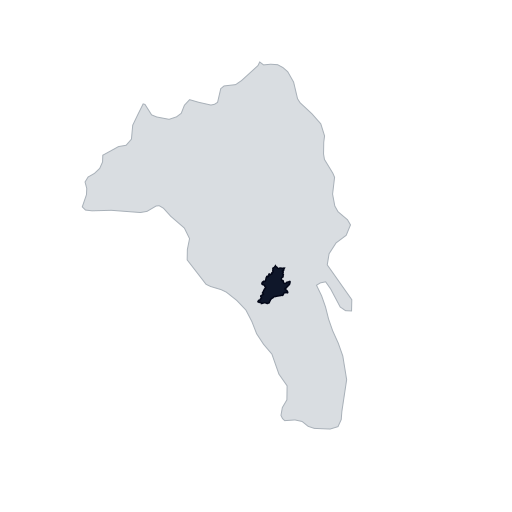 Monte Plata, Monte Plata, Dominican Republic (highlighted), rotated 59°
{"feature_id": "3306468B2740041336238", "entity_name": "Monte Plata", "entity_type": "district", "adm_level": 2, "iso_a3": "DOM", "parent_name": "Dominican Republic", "parent_adm1": "Monte Plata", "projection": "orthographic", "projection_center": [-69.842, 18.762], "detail": "fine", "context": "in_parent", "style": "filled", "palette": "ink", "viewbox_px": 512, "rotation_deg": 59, "n_neighbors": 0, "source": "geoboundaries", "source_scale": "gbopen_adm2", "svg_char_len": 6374}
<svg xmlns="http://www.w3.org/2000/svg" viewBox="0 0 512 512"><g transform="rotate(59 256 256)"><path d="M90.7,335.4L91.4,317.5L94.2,310.3L91.7,302.6L80.4,294.3L73.5,283.8L67.5,274.4L68.9,273.1L81.3,272.8L85.7,269.5L94.1,260.1L95.8,252.4L95.2,246.6L89.9,239.7L87.8,232.4L94.6,226.1L103.4,216.9L104.6,213.4L104.5,209.8L94.4,200.0L93.8,195.8L98.6,185.2L98.2,178.2L93.8,156.2L91.6,152.9L96.1,151.1L99.2,144.6L103.2,138.9L108.5,135.8L114.4,133.9L126.3,134.2L142.6,139.4L147.3,139.3L163.0,134.8L176.1,132.4L188.4,135.4L193.3,139.3L203.4,145.6L208.5,147.6L224.6,147.5L229.0,148.1L242.4,158.5L253.7,162.7L260.3,162.9L272.1,158.9L278.0,159.0L284.7,168.0L286.0,180.6L291.7,192.2L300.3,199.5L342.8,196.4L352.3,202.4L349.0,207.4L343.1,210.1L322.8,209.0L314.0,209.6L312.2,214.6L312.2,219.2L324.0,220.3L335.6,222.7L347.5,226.3L359.5,228.8L373.1,230.4L386.4,233.1L408.7,242.0L433.5,262.5L440.1,267.2L444.5,273.6L442.5,281.6L433.8,294.8L428.9,299.0L421.6,301.7L416.6,307.0L411.9,316.2L409.0,317.0L405.5,316.7L399.5,311.5L395.2,303.6L383.3,296.2L369.1,297.2L348.3,292.9L335.6,295.0L323.0,295.5L310.1,293.3L297.1,292.5L284.1,295.4L271.6,300.1L266.9,303.2L258.8,310.6L254.5,313.4L223.9,317.0L215.1,311.5L206.9,304.0L195.2,303.0L178.1,308.6L167.4,310.7L163.0,313.1L161.7,315.9L161.6,326.4L159.2,332.7L142.3,356.5L132.8,373.3L128.8,378.5L124.4,379.6L116.2,369.8L111.0,366.3L104.5,364.4L101.8,359.2L102.0,351.9L100.4,344.8L96.4,339.1L90.7,335.4Z" fill="#d9dde1" stroke="#a8b0b8" stroke-width="1"/><path d="M303.4,247.4L302.9,247.4L302.2,247.3L301.8,247.4L301.5,247.4L301.1,247.6L300.6,247.7L299.7,248.1L299.4,248.2L298.8,247.9L298.7,247.8L298.7,247.5L298.8,247.3L298.9,247.1L299.0,246.9L299.0,246.7L298.9,246.4L298.5,245.5L298.4,245.4L298.4,245.2L298.4,244.6L298.4,244.4L298.2,244.2L297.9,243.9L297.8,243.7L297.8,243.4L297.8,242.4L297.7,242.1L297.6,241.9L297.3,241.7L297.2,241.7L296.8,241.0L296.1,240.5L296.0,240.4L295.9,240.2L295.7,240.1L295.4,240.0L295.2,240.1L295.1,240.3L295.0,240.6L295.0,241.3L295.0,241.7L294.9,241.8L294.5,242.7L294.5,242.8L294.4,243.0L294.5,243.2L294.5,243.4L294.7,243.7L294.7,243.9L294.7,244.2L294.7,244.5L294.7,244.8L294.4,245.4L294.3,245.6L294.1,245.7L293.9,245.9L293.8,246.0L293.6,246.1L293.3,246.1L292.7,246.1L292.4,246.0L292.2,246.0L291.8,245.6L291.6,245.5L291.4,245.5L291.2,245.5L290.8,245.7L290.5,246.0L290.4,246.4L290.3,246.5L290.2,246.5L289.7,246.4L289.2,246.3L288.6,246.0L288.5,245.9L288.2,245.6L287.9,245.3L287.7,245.1L287.7,244.9L287.7,244.6L287.7,244.4L287.9,244.0L287.9,243.8L287.8,243.7L287.7,243.5L287.5,243.4L287.4,243.3L287.0,243.2L286.8,242.9L286.4,242.6L286.2,242.2L285.9,242.1L285.6,242.1L285.4,242.2L285.1,242.5L284.9,242.5L284.8,242.4L284.7,242.4L284.3,241.4L284.2,241.3L284.0,241.1L283.6,241.0L283.5,240.9L283.4,240.9L283.3,241.0L283.0,241.2L282.9,241.3L282.7,241.3L282.6,241.2L282.3,240.9L282.3,240.7L282.6,240.4L282.7,240.2L282.5,239.7L282.4,239.5L282.2,239.3L281.9,239.2L281.7,239.1L281.6,238.9L281.4,238.7L281.0,237.9L280.7,238.3L280.5,238.9L280.4,239.1L280.3,239.6L280.2,239.8L279.9,240.0L279.6,240.3L279.5,240.5L279.4,240.7L279.3,240.9L278.7,241.5L278.6,241.8L278.5,242.6L278.5,242.9L278.3,243.1L278.1,243.4L277.8,243.6L277.6,243.8L277.4,243.8L276.7,243.8L276.3,243.9L275.5,244.3L275.4,244.4L275.0,244.4L274.4,244.4L274.7,244.9L274.8,245.1L274.9,245.6L275.1,245.9L275.1,246.0L275.2,246.5L275.1,247.4L275.2,247.6L275.2,247.8L275.3,247.9L275.4,248.0L275.6,248.1L276.0,248.2L276.3,248.4L276.5,248.6L276.9,248.8L277.1,249.1L277.3,249.2L277.4,249.3L277.5,249.3L277.9,249.2L278.1,249.2L278.2,249.3L278.4,249.5L278.5,249.7L278.5,250.0L278.5,250.9L278.6,251.1L278.8,251.4L279.0,251.5L279.5,251.5L279.7,251.8L279.5,252.2L279.3,252.7L279.3,252.8L279.4,253.1L279.4,253.4L279.4,253.5L279.1,253.6L278.6,253.6L278.4,253.7L278.3,253.8L278.2,253.9L278.2,254.1L278.2,254.3L278.3,254.5L278.5,254.5L279.1,254.4L279.3,254.3L279.4,254.5L279.4,255.3L279.5,255.6L279.8,255.8L280.0,256.0L280.0,256.3L279.9,256.4L279.4,256.4L279.2,256.5L279.1,256.9L279.1,257.2L279.2,257.4L279.2,257.5L279.3,257.6L279.5,257.7L279.7,257.8L279.8,258.3L280.1,258.7L280.2,258.8L280.6,259.0L280.8,259.3L281.2,259.6L281.4,259.9L281.8,260.2L282.1,260.7L282.2,260.9L282.4,261.1L282.4,261.3L282.3,261.5L282.2,261.6L281.8,262.1L281.7,262.2L281.6,262.3L281.6,262.5L281.8,262.7L282.0,263.0L282.1,263.3L281.7,263.5L281.7,263.8L281.8,264.1L282.2,264.7L282.6,265.1L282.9,265.3L283.2,265.3L283.3,265.3L283.5,265.2L284.0,265.0L284.2,264.8L284.7,264.3L284.9,264.2L285.6,263.9L285.8,263.8L286.0,263.8L286.5,264.0L286.8,264.1L287.1,264.0L287.3,263.9L287.5,263.8L287.9,263.9L288.0,264.0L288.1,264.3L288.5,264.5L288.6,264.9L288.6,265.6L288.7,265.8L288.8,265.9L289.0,266.0L289.2,266.3L289.3,266.8L289.4,267.0L289.6,267.2L290.1,267.8L290.3,268.1L290.5,268.6L290.7,268.9L290.8,269.2L290.9,269.4L291.0,269.5L291.6,269.3L291.9,269.1L292.1,269.1L292.3,269.1L292.5,269.1L292.6,269.3L292.6,269.6L292.6,272.0L292.6,272.3L292.7,272.5L292.8,272.6L293.4,272.9L293.6,272.9L293.8,272.8L294.1,272.8L294.5,272.7L294.6,272.8L294.8,272.8L295.0,273.0L295.0,273.3L295.1,273.9L295.1,274.2L295.1,274.3L295.5,274.7L295.6,274.8L295.7,275.3L295.6,275.8L295.6,276.0L295.4,276.3L295.6,276.8L295.7,277.2L295.8,277.4L295.9,277.6L296.2,277.9L296.8,277.5L297.0,277.4L297.3,277.3L297.4,277.2L297.6,276.9L297.7,276.7L297.8,276.3L297.9,276.2L298.1,275.9L298.3,275.8L298.5,275.8L299.1,275.8L299.5,275.9L299.6,275.6L299.7,275.3L299.8,275.0L299.9,274.8L300.0,274.1L300.2,273.6L300.3,273.0L300.3,272.8L300.4,272.7L300.6,272.4L301.1,271.9L301.4,271.7L301.7,271.5L301.9,271.2L302.0,271.1L302.5,270.9L302.7,270.3L302.7,269.6L302.7,269.2L302.9,268.9L302.8,268.7L302.7,268.6L302.5,268.3L302.2,268.1L302.0,267.9L301.9,267.8L301.8,267.6L301.7,267.1L301.7,266.9L301.5,266.7L301.0,266.2L300.9,265.9L300.8,265.5L300.6,265.2L300.6,264.9L300.5,264.6L300.5,263.4L300.5,263.0L300.5,262.7L300.3,262.4L300.3,262.2L300.2,261.9L300.2,261.6L300.2,261.4L300.3,261.2L300.8,260.2L300.9,259.6L301.1,259.2L301.2,258.7L301.4,258.3L301.5,257.8L302.0,256.9L302.1,256.3L302.6,255.3L302.7,255.1L302.7,254.6L302.8,254.4L302.9,254.2L303.3,253.7L303.5,253.5L303.5,253.4L303.3,252.9L303.0,252.5L302.9,252.2L302.6,251.8L302.4,251.6L302.3,251.1L302.1,250.7L302.1,250.4L302.1,250.2L302.3,249.9L302.6,249.7L302.9,249.3L302.9,249.1L303.0,248.7L303.3,248.4L303.6,248.2L303.8,248.0L303.8,247.9L303.7,247.8L303.4,247.4Z" fill="#0f172a" stroke="#020617" stroke-width="1.5"/></g></svg>